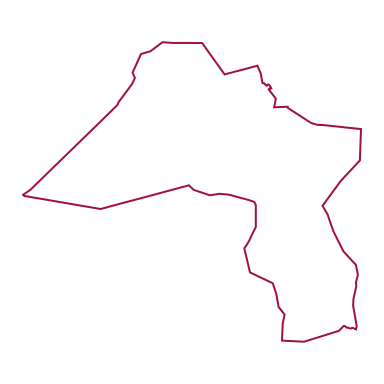 the district of Haya, Red Sea, Sudan
{"feature_id": "16777658B79531940846564", "entity_name": "Haya", "entity_type": "district", "adm_level": 2, "iso_a3": "SDN", "parent_name": "Sudan", "parent_adm1": "Red Sea", "projection": "orthographic", "projection_center": [36.501, 17.972], "detail": "fine", "context": "isolated", "style": "outline", "palette": "rose", "viewbox_px": 384, "rotation_deg": 0, "n_neighbors": 0, "source": "geoboundaries", "source_scale": "gbopen_adm2", "svg_char_len": 1524}
<svg xmlns="http://www.w3.org/2000/svg" viewBox="0 0 384 384"><path d="M24.1,195.9L100.6,209.0L124.7,202.5L139.9,198.5L188.9,185.3L193.7,189.9L209.9,195.3L219.3,193.8L227.5,194.5L231.8,195.4L240.1,197.7L248.6,200.0L254.2,201.9L255.8,205.1L255.8,210.7L255.8,227.0L252.4,233.8L249.0,241.1L246.3,245.5L244.3,248.3L250.0,272.4L272.8,283.3L276.3,294.0L277.3,299.5L278.6,307.0L284.6,314.5L282.7,323.6L282.0,340.6L285.5,340.8L303.5,341.7L303.7,341.8L338.7,330.9L338.8,330.9L339.1,330.6L343.7,325.9L344.0,325.9L344.7,326.0L344.9,326.2L345.0,326.2L345.2,326.4L345.3,326.5L345.5,326.6L346.1,327.2L346.8,327.7L347.7,327.6L347.9,327.6L348.5,327.6L348.8,328.1L349.0,328.2L349.7,328.4L349.9,328.4L350.2,328.5L350.4,328.5L350.7,328.5L350.9,328.5L351.1,328.4L352.1,327.8L352.8,327.8L355.3,329.2L355.9,329.3L355.9,329.1L356.0,328.9L356.7,326.1L353.1,305.6L353.5,298.6L356.3,286.3L355.9,282.7L357.9,275.0L355.9,264.9L353.1,261.9L343.4,251.3L333.5,231.5L330.4,222.7L327.6,214.5L322.5,205.8L340.8,180.9L359.9,160.4L361.0,129.1L323.7,125.1L317.4,124.8L311.6,123.2L307.4,120.6L287.8,107.9L287.7,106.7L274.2,107.3L275.8,98.7L272.5,94.4L268.7,89.4L269.3,88.6L270.2,88.9L271.3,88.4L269.9,85.8L269.4,85.0L268.1,84.5L267.6,84.6L266.8,85.7L266.1,85.5L264.1,83.2L262.5,83.2L260.8,73.6L257.4,65.7L224.6,74.4L202.1,43.0L172.0,42.9L162.5,42.2L150.5,51.2L141.0,54.0L132.6,72.5L134.9,77.9L132.1,84.0L118.6,102.1L117.5,104.9L113.7,108.6L102.1,120.0L31.0,189.2L30.6,189.7L23.1,194.8L24.1,195.9L24.1,195.9Z" fill="none" stroke="#9f1239" stroke-width="2"/></svg>